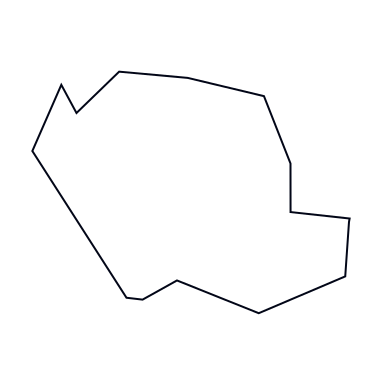 the district of Fredericksburg, Virginia, United States of America, rotated 172°
{"feature_id": "52423323B55756815925715", "entity_name": "Fredericksburg", "entity_type": "district", "adm_level": 2, "iso_a3": "USA", "parent_name": "United States of America", "parent_adm1": "Virginia", "projection": "albers", "projection_center": [-77.495, 38.298], "detail": "fine", "context": "isolated", "style": "outline", "palette": "ink", "viewbox_px": 384, "rotation_deg": 172, "n_neighbors": 0, "source": "geoboundaries", "source_scale": "gbopen_adm2", "svg_char_len": 348}
<svg xmlns="http://www.w3.org/2000/svg" viewBox="0 0 384 384"><g transform="rotate(172 192 192)"><path d="M40.7,140.5L39.6,143.8L97.2,158.4L90.5,206.5L107.4,276.9L180.4,305.6L247.4,321.3L295.4,286.3L306.5,316.3L344.4,254.8L271.6,96.4L255.9,92.3L219.2,106.5L142.8,62.7L52.0,87.1L40.7,140.5Z" fill="none" stroke="#020617" stroke-width="2"/></g></svg>